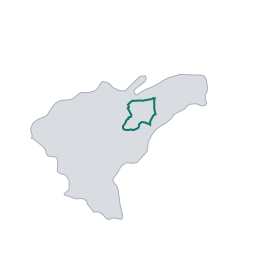 Monte Plata highlighted on a map of Dominican Republic, rotated 320°
{"feature_id": "DOM-1981", "entity_name": "Monte Plata", "entity_type": "Province", "adm_level": 1, "iso_a3": "DOM", "parent_name": "Dominican Republic", "parent_adm1": "", "projection": "robinson", "projection_center": [-69.861, 18.831], "detail": "fine", "context": "in_parent", "style": "outline", "palette": "teal", "viewbox_px": 256, "rotation_deg": 320, "n_neighbors": 0, "source": "natural_earth", "source_scale": "10m", "svg_char_len": 2263}
<svg xmlns="http://www.w3.org/2000/svg" viewBox="0 0 256 256"><g transform="rotate(320 128 128)"><path d="M47.7,170.5L47.9,160.9L49.3,157.1L48.1,153.0L42.5,148.7L39.1,143.1L36.1,138.2L36.8,137.5L42.8,137.3L45.0,135.5L49.1,130.4L49.9,126.4L49.6,123.3L46.9,119.6L45.9,115.8L49.2,112.4L53.4,107.5L54.0,105.6L53.9,103.7L49.0,98.5L48.6,96.3L51.0,90.6L50.8,86.9L48.5,75.3L47.4,73.6L49.6,72.6L51.1,69.1L53.0,66.0L55.6,64.4L58.5,63.3L64.3,63.4L72.4,66.1L74.6,66.1L82.3,63.6L88.7,62.3L94.8,63.8L97.2,65.9L102.2,69.2L104.7,70.2L112.5,70.2L114.7,70.5L121.3,76.0L126.8,78.2L130.0,78.3L135.8,76.2L138.7,76.2L142.0,81.0L142.6,87.7L145.4,93.8L149.6,97.7L170.4,96.1L175.0,99.3L173.4,102.0L170.5,103.4L160.6,102.8L156.3,103.1L155.4,105.7L155.4,108.2L161.2,108.8L166.9,110.0L172.6,112.0L178.5,113.4L185.1,114.2L191.6,115.7L202.5,120.5L214.5,131.5L217.7,134.0L219.9,137.4L218.9,141.7L214.6,148.6L212.2,150.8L208.6,152.2L206.2,155.0L203.9,159.9L202.4,160.3L200.7,160.1L197.9,157.4L195.8,153.1L190.0,149.2L183.1,149.7L172.9,147.3L166.8,148.5L160.6,148.7L154.4,147.5L148.0,147.1L141.7,148.6L135.6,151.2L133.3,152.8L129.4,156.7L127.3,158.2L112.4,160.2L108.1,157.3L104.2,153.3L98.4,152.8L90.1,155.8L84.9,156.9L82.8,158.3L82.2,159.8L82.1,165.3L81.0,168.7L72.8,181.4L68.2,190.4L66.4,193.1L64.2,193.7L60.2,188.6L57.7,186.7L54.5,185.8L53.2,183.0L53.2,179.1L52.4,175.4L50.5,172.4L47.7,170.5Z" fill="#d9dde1" stroke="#a8b0b8" stroke-width="1"/><path d="M123.9,126.4L124.3,124.6L125.3,123.4L127.9,122.8L130.0,122.2L131.0,121.3L132.3,120.9L133.4,121.2L134.2,121.3L134.9,120.3L135.9,120.5L137.5,121.4L138.9,120.2L139.8,116.4L140.5,112.7L141.9,112.8L142.6,111.7L142.7,110.8L142.8,110.2L145.5,109.8L148.8,109.9L150.2,111.1L151.6,112.3L153.2,113.3L154.7,114.5L157.0,116.7L159.9,118.3L162.4,119.7L164.8,121.2L166.7,121.4L167.6,122.4L166.6,123.2L165.6,123.9L164.6,125.1L163.7,126.4L160.7,129.8L157.8,135.3L156.0,134.6L154.3,135.0L153.4,135.6L152.3,135.9L149.4,137.1L147.1,139.7L146.7,138.1L145.6,137.0L145.3,135.8L144.6,134.8L143.5,133.4L142.1,132.2L141.0,132.2L139.8,132.1L139.2,132.2L138.6,132.4L138.3,132.9L138.2,133.4L136.1,134.5L133.7,134.0L132.1,133.5L130.5,132.9L129.5,131.0L128.1,130.5L126.9,129.5L125.6,128.7L124.8,127.6L123.9,126.4Z" fill="none" stroke="#0f766e" stroke-width="2"/></g></svg>